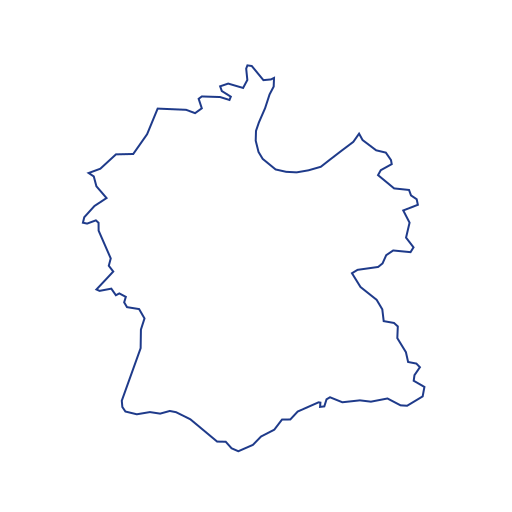 the Unitary Single-Tier County of Wiltshire, rotated 344°
{"feature_id": "GBR-2757", "entity_name": "Wiltshire", "entity_type": "Unitary Single-Tier County", "adm_level": 1, "iso_a3": "GBR", "parent_name": "United Kingdom", "parent_adm1": "", "projection": "equal_earth", "projection_center": [-1.898, 51.324], "detail": "fine", "context": "isolated", "style": "outline", "palette": "blue", "viewbox_px": 512, "rotation_deg": 344, "n_neighbors": 0, "source": "natural_earth", "source_scale": "10m", "svg_char_len": 1794}
<svg xmlns="http://www.w3.org/2000/svg" viewBox="0 0 512 512"><g transform="rotate(344 256 256)"><path d="M300.3,70.4L304.3,72.2L311.6,89.0L319.1,90.4L322.4,89.8L319.7,98.0L313.6,104.4L305.5,116.4L295.6,128.4L290.5,135.7L287.5,145.1L287.1,156.7L289.2,164.5L298.7,178.2L308.2,183.4L318.1,186.8L330.0,188.1L342.9,188.1L353.5,183.8L367.7,178.2L381.0,173.1L388.8,166.8L390.4,173.9L400.6,187.5L409.3,192.4L412.2,201.0L411.8,205.1L399.6,207.9L395.6,211.9L407.4,229.1L421.3,234.7L421.7,240.5L426.1,245.7L425.7,251.4L410.1,252.8L412.8,266.3L405.3,279.7L409.8,291.1L405.6,294.9L389.4,288.5L381.4,291.1L375.6,298.0L370.4,300.2L349.8,297.3L343.5,299.0L347.9,314.6L359.9,331.4L362.7,342.1L360.8,353.8L370.2,358.4L372.9,362.8L369.2,373.9L373.6,389.8L373.0,399.8L380.5,403.6L382.9,408.1L375.5,414.2L373.2,419.4L381.8,428.3L377.5,436.9L360.0,441.6L353.8,439.4L343.1,429.2L326.3,427.7L316.1,423.4L298.7,420.4L288.2,412.2L284.3,413.2L280.2,419.4L276.0,418.7L277.5,414.7L275.8,413.9L253.2,417.0L243.9,422.6L235.9,420.4L225.7,428.0L211.1,430.9L201.0,436.7L185.2,438.8L179.5,434.1L175.7,426.2L167.5,423.7L147.9,394.9L136.1,384.1L130.4,381.2L120.4,381.1L111.0,376.8L97.8,375.3L87.6,369.5L85.9,364.3L87.1,358.1L119.7,312.8L125.1,295.0L131.6,285.3L129.0,274.8L117.9,269.6L116.5,264.2L119.6,259.4L114.3,254.3L110.5,255.1L107.9,247.5L96.0,246.4L93.4,244.2L114.5,231.6L111.8,224.8L115.7,218.3L114.3,207.8L111.7,188.3L113.8,180.7L111.9,177.6L102.6,178.3L98.8,176.3L101.6,171.4L114.5,163.4L128.3,159.1L121.8,145.0L122.0,134.8L118.0,130.1L130.4,129.2L149.4,119.7L166.1,124.1L184.9,108.9L202.1,87.2L229.1,96.2L236.8,101.9L244.6,99.1L244.2,89.1L247.9,87.7L265.3,93.3L273.5,98.7L275.7,95.9L268.6,88.0L268.3,83.0L276.8,82.6L289.9,90.9L296.2,84.4L298.2,73.2L300.3,70.4Z" fill="none" stroke="#1e3a8a" stroke-width="2"/></g></svg>